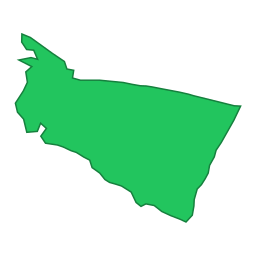 outline of Sapucaia do Sul, Rio Grande do Sul, Brazil
{"feature_id": "56859067B33945949443498", "entity_name": "Sapucaia do Sul", "entity_type": "district", "adm_level": 2, "iso_a3": "BRA", "parent_name": "Brazil", "parent_adm1": "Rio Grande do Sul", "projection": "robinson", "projection_center": [-51.141, -29.822], "detail": "fine", "context": "isolated", "style": "filled", "palette": "green", "viewbox_px": 256, "rotation_deg": 0, "n_neighbors": 0, "source": "geoboundaries", "source_scale": "gbopen_adm2", "svg_char_len": 956}
<svg xmlns="http://www.w3.org/2000/svg" viewBox="0 0 256 256"><path d="M186.0,222.0L192.3,215.2L193.9,206.0L194.2,199.6L197.2,189.0L201.4,184.7L205.2,178.7L208.2,173.1L209.6,165.3L214.3,156.9L216.1,150.2L221.2,142.6L233.8,120.3L240.6,106.1L234.3,105.8L228.6,104.4L193.5,95.7L188.5,94.2L179.7,92.2L162.2,88.9L152.5,87.0L146.2,86.0L140.5,85.8L132.4,84.4L123.2,82.5L99.5,80.2L80.4,80.2L72.5,78.0L73.7,70.3L66.9,69.0L64.4,61.5L52.4,53.4L30.4,37.5L21.9,34.0L21.7,42.1L26.6,49.5L33.7,50.2L37.6,59.3L31.0,57.6L18.9,60.0L31.8,66.6L25.8,71.9L27.4,82.3L23.3,91.0L15.4,103.2L17.5,112.2L23.6,119.1L26.8,132.3L37.3,131.4L40.6,123.2L46.4,128.4L40.8,136.2L45.5,143.2L57.4,145.0L63.0,146.9L71.1,150.7L76.3,152.4L84.0,157.2L89.7,160.1L92.1,167.6L99.8,173.1L104.9,179.5L109.5,182.4L115.5,184.1L121.5,186.0L131.2,192.1L136.1,202.5L141.0,206.4L145.9,203.9L154.2,205.5L161.8,211.5L170.9,215.7L179.5,219.0L186.0,222.0Z" fill="#22c55e" stroke="#15803d" stroke-width="1.5"/></svg>